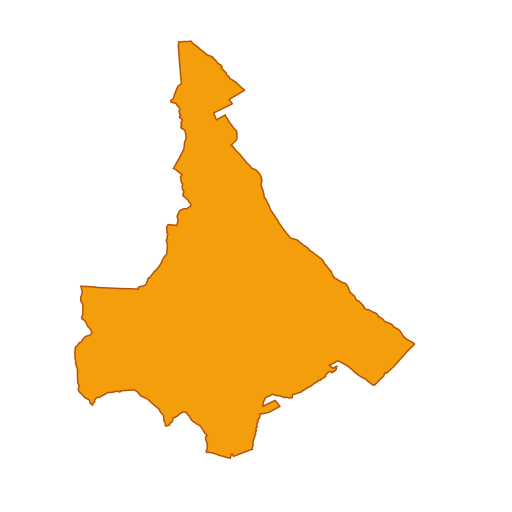 Dagata, Iasi, Romania (Natural Earth projection), rotated 188°
{"feature_id": "2599482B86664490925481", "entity_name": "Dagata", "entity_type": "district", "adm_level": 2, "iso_a3": "ROU", "parent_name": "Romania", "parent_adm1": "Iasi", "projection": "natural_earth1", "projection_center": [27.196, 46.933], "detail": "fine", "context": "isolated", "style": "filled", "palette": "amber", "viewbox_px": 512, "rotation_deg": 188, "n_neighbors": 0, "source": "geoboundaries", "source_scale": "gbopen_adm2", "svg_char_len": 6043}
<svg xmlns="http://www.w3.org/2000/svg" viewBox="0 0 512 512"><g transform="rotate(188 256 256)"><path d="M86.9,190.5L86.8,191.0L88.5,192.0L95.7,194.8L98.8,196.9L99.5,197.6L100.3,198.9L103.4,202.2L104.7,203.2L109.6,204.9L111.5,206.8L113.1,207.6L119.6,209.1L121.1,210.8L126.7,213.5L128.1,215.5L134.5,217.5L136.8,218.5L139.2,218.4L141.2,219.1L142.2,221.0L143.7,222.5L147.8,225.6L149.6,225.9L150.4,226.3L150.7,226.9L151.7,228.0L152.8,229.9L157.8,233.2L160.2,237.2L160.7,238.2L162.3,240.3L164.0,241.4L168.3,242.1L168.9,242.7L175.8,245.6L175.9,246.1L177.1,247.2L179.6,251.3L182.7,253.9L185.1,256.5L187.2,258.1L188.2,259.9L190.1,261.7L199.4,267.0L203.6,269.0L205.2,270.6L208.8,272.7L210.5,273.2L212.9,275.0L214.9,275.6L216.0,276.9L216.8,277.4L221.4,278.3L223.1,278.3L224.6,278.9L231.5,285.2L238.3,292.4L238.9,293.7L248.2,304.0L250.0,307.7L251.9,310.1L253.8,313.1L256.3,315.9L256.5,316.5L256.6,317.8L257.9,321.1L260.8,326.8L261.0,328.2L260.5,331.1L262.1,335.4L262.9,336.8L267.6,341.0L269.1,341.6L271.6,342.0L272.9,342.8L275.1,344.9L277.7,346.6L286.0,354.3L291.2,358.3L294.9,361.8L296.1,362.2L291.8,367.8L291.4,368.9L291.2,369.7L291.9,374.5L292.7,377.1L295.3,379.1L300.6,384.3L304.2,388.8L305.4,389.9L306.1,391.4L314.2,385.3L317.8,391.8L300.7,403.4L301.0,404.1L301.7,404.5L304.4,407.3L290.5,418.5L291.8,419.6L293.5,420.5L299.8,425.1L302.1,426.1L303.9,427.1L306.5,428.1L308.0,430.1L309.4,430.7L311.0,432.2L311.2,433.6L313.0,434.4L314.0,435.6L315.1,436.2L316.4,437.5L316.0,438.7L317.0,439.3L317.7,440.5L318.5,440.2L319.4,441.1L320.9,441.7L323.4,444.4L325.5,445.4L326.0,446.6L330.2,448.1L332.0,447.8L332.9,448.9L333.8,449.1L335.5,450.4L340.0,452.9L343.1,455.1L348.3,457.8L350.1,459.7L355.0,458.6L356.7,458.5L361.0,457.3L362.3,457.3L361.9,455.7L362.4,454.2L358.1,434.6L353.8,416.0L354.7,415.5L356.9,413.2L357.5,411.3L359.0,405.5L359.7,400.8L359.9,400.3L361.6,398.8L362.1,397.5L361.4,396.6L356.4,395.9L355.2,394.3L353.5,393.0L352.2,391.6L351.8,390.2L352.4,389.2L352.4,388.6L351.2,386.0L351.2,385.6L350.1,384.5L351.0,383.7L351.2,383.3L351.2,382.9L349.8,381.6L348.3,381.3L347.8,379.7L348.9,378.2L348.1,377.0L348.4,376.5L348.5,375.8L347.6,374.8L347.7,374.1L348.2,374.0L348.3,373.6L348.4,372.9L347.5,371.9L346.0,371.6L343.7,370.5L343.5,369.1L342.8,367.8L341.8,364.0L341.7,361.5L342.5,359.2L342.6,358.0L342.3,354.5L342.5,351.0L343.1,349.8L344.9,344.1L350.0,331.2L347.6,330.5L340.6,326.1L341.9,323.6L341.5,322.9L340.4,319.2L339.7,318.0L338.8,317.4L338.7,316.1L338.9,314.4L338.3,313.2L337.9,311.3L336.9,310.7L336.3,309.2L337.0,307.6L336.8,306.3L336.4,305.1L334.8,304.5L330.9,301.8L330.1,300.3L328.7,299.2L327.5,297.8L327.5,296.6L331.3,293.1L333.9,292.8L337.4,290.7L337.9,289.8L338.1,289.0L338.6,288.5L338.6,287.6L339.4,285.8L339.7,284.2L338.7,282.3L338.2,280.7L338.6,275.3L347.4,274.9L347.7,273.4L348.7,272.3L347.6,268.5L347.5,266.5L346.6,266.0L346.4,265.7L346.7,261.8L346.4,260.4L347.0,259.5L347.2,258.9L346.0,257.3L346.0,255.7L345.3,255.1L345.2,254.5L344.7,245.3L346.5,242.7L347.9,239.9L348.8,236.2L350.0,233.3L351.9,229.8L353.6,227.4L354.6,226.4L357.7,220.7L360.0,218.5L360.1,217.7L359.8,216.8L360.5,214.8L360.9,212.7L361.4,211.9L362.6,211.1L367.7,209.0L368.3,208.3L368.1,206.7L374.2,206.3L383.7,205.1L408.3,202.8L414.0,202.7L425.2,201.7L423.0,196.0L423.0,195.2L423.7,191.4L423.8,190.0L423.3,187.3L420.5,183.4L420.6,182.2L419.7,177.9L419.9,176.7L419.4,174.7L419.6,173.1L420.2,171.1L420.0,170.2L419.7,169.5L417.1,168.4L415.6,167.4L413.9,164.4L412.4,162.5L409.7,160.2L408.5,158.5L407.9,157.2L408.0,156.5L408.7,155.2L411.1,153.6L412.9,153.1L414.3,151.8L415.5,150.1L416.3,148.4L416.8,146.8L417.3,146.3L418.7,145.8L419.0,145.5L420.5,142.4L421.9,141.0L422.2,139.8L421.9,136.7L422.1,135.1L421.4,133.0L421.1,129.9L419.7,125.9L419.8,125.2L419.5,124.1L417.0,118.9L415.8,110.6L415.0,106.9L415.0,105.8L413.2,103.1L413.2,101.5L413.5,99.9L413.2,98.1L411.4,96.3L408.8,94.7L406.4,92.3L401.3,90.3L400.6,89.6L399.6,87.0L397.2,85.5L396.9,87.0L395.5,89.1L395.4,89.6L395.9,90.6L394.5,93.1L392.8,94.0L391.4,94.2L388.2,96.6L387.5,97.3L386.0,98.1L384.2,99.9L378.6,101.3L374.8,102.8L374.0,102.9L373.3,102.4L372.8,102.3L371.0,103.0L371.2,103.7L357.7,106.5L354.0,104.6L350.5,101.2L345.3,100.0L343.6,99.3L336.3,94.3L330.4,90.7L330.0,89.5L328.8,88.1L325.6,85.5L324.1,79.9L323.8,79.2L323.1,78.9L322.1,75.3L321.7,75.0L318.1,76.6L317.8,78.0L317.4,79.0L316.0,80.3L315.6,81.1L315.5,83.9L315.3,84.5L313.5,84.9L311.0,87.2L310.0,88.6L306.8,91.2L303.9,91.6L301.0,89.0L300.3,88.7L299.4,87.8L299.0,86.7L297.4,85.0L295.1,83.2L293.5,82.7L291.8,81.7L287.5,79.9L283.5,75.3L282.4,73.7L279.4,71.5L280.8,69.5L280.3,67.3L278.2,63.7L278.3,62.0L277.6,60.9L277.6,57.8L278.1,56.6L278.1,55.7L277.9,54.8L272.4,55.0L267.1,54.1L265.3,53.6L256.0,52.3L253.2,52.3L253.0,56.2L252.1,56.6L250.3,54.5L234.3,63.4L232.7,64.0L233.0,65.7L232.5,68.1L233.0,70.0L232.9,73.4L232.6,74.0L232.7,74.9L232.2,76.1L232.3,76.6L232.0,77.1L232.5,78.2L232.2,78.7L231.5,79.2L232.0,81.7L231.3,83.4L231.5,84.0L232.1,84.5L232.1,85.5L231.5,86.0L231.6,86.5L231.1,87.0L231.5,87.9L231.4,88.4L231.9,89.4L231.5,90.5L231.5,91.2L230.8,91.9L231.4,93.2L231.3,94.2L230.8,94.7L230.7,95.2L230.2,95.4L230.0,96.4L229.9,97.8L230.2,100.3L228.2,100.5L221.5,102.9L211.4,110.4L217.0,115.7L228.2,108.2L228.5,112.2L228.3,113.0L227.3,115.1L227.1,116.9L226.7,117.3L223.9,118.9L220.1,121.5L217.2,120.7L213.0,120.8L208.2,119.8L205.7,120.4L203.2,120.0L200.6,120.6L200.4,120.9L200.4,122.6L200.7,123.7L193.3,127.0L184.7,134.3L184.3,134.1L183.7,134.4L182.9,135.6L181.5,137.0L176.8,141.0L176.8,141.5L174.7,142.0L174.7,142.7L170.2,146.4L170.7,147.8L168.7,150.1L168.2,151.2L166.6,151.9L164.7,151.0L164.3,152.1L163.5,151.8L162.4,152.7L160.8,154.8L160.6,155.4L161.9,156.3L160.4,157.8L160.8,158.1L164.1,155.6L168.1,158.1L164.3,160.6L160.7,163.5L158.6,163.1L154.1,161.5L149.6,159.6L145.4,157.0L141.0,153.9L139.9,153.6L138.7,152.6L134.5,150.7L129.5,149.0L128.1,147.7L125.4,146.3L123.5,145.0L122.4,144.6L120.7,144.5L115.8,151.2L112.9,154.6L112.3,157.4L111.7,158.5L110.5,158.0L104.0,165.9L91.1,185.3L89.7,186.7L86.9,190.5Z" fill="#f59e0b" stroke="#b45309" stroke-width="1.5"/></g></svg>